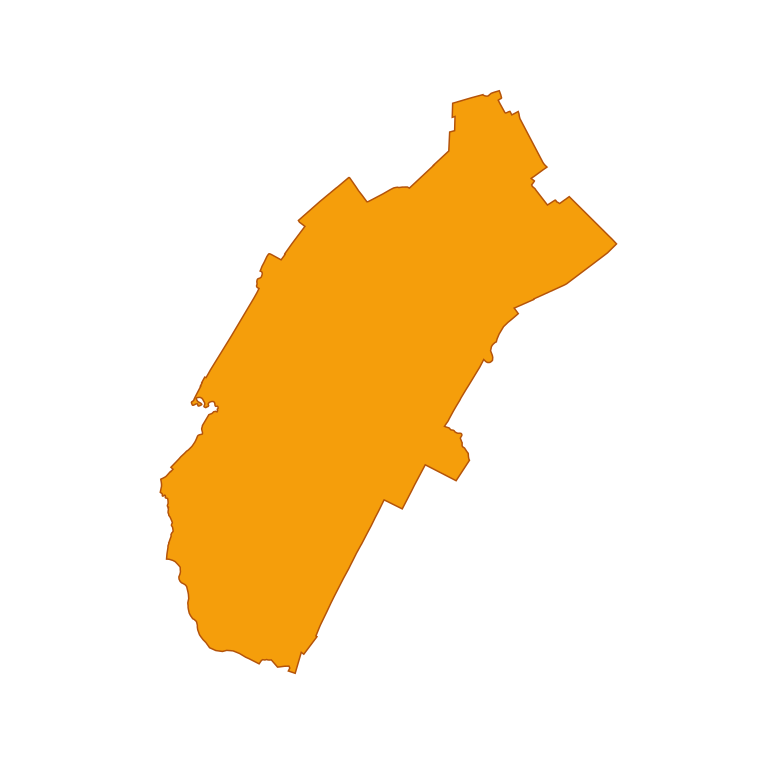 the district of Domnesti, Ilfov, Romania, rotated 337°
{"feature_id": "2599482B77352977361579", "entity_name": "Domnesti", "entity_type": "district", "adm_level": 2, "iso_a3": "ROU", "parent_name": "Romania", "parent_adm1": "Ilfov", "projection": "mercator", "projection_center": [25.905, 44.4], "detail": "fine", "context": "isolated", "style": "filled", "palette": "amber", "viewbox_px": 768, "rotation_deg": 337, "n_neighbors": 0, "source": "geoboundaries", "source_scale": "gbopen_adm2", "svg_char_len": 6135}
<svg xmlns="http://www.w3.org/2000/svg" viewBox="0 0 768 768"><g transform="rotate(337 384 384)"><path d="M614.0,185.6L609.8,186.0L606.8,186.2L606.5,182.3L606.3,182.2L604.8,182.1L603.2,182.2L601.9,182.1L601.5,181.6L601.3,181.3L600.9,177.2L600.3,171.5L600.0,167.4L602.9,166.9L603.1,167.0L603.6,166.8L604.0,166.6L604.5,163.2L604.7,159.1L599.7,158.5L596.2,158.3L592.8,159.4L592.4,159.5L591.2,159.3L589.5,158.2L588.0,156.7L588.1,156.3L576.6,154.7L556.9,152.4L551.0,165.2L553.9,165.5L548.0,178.4L542.9,177.7L542.7,178.1L534.7,194.8L515.1,201.9L515.3,202.1L483.9,213.6L482.5,211.8L477.8,209.9L474.5,209.0L473.2,208.1L471.2,207.6L469.4,207.3L465.3,207.6L457.1,208.6L441.2,209.9L439.8,209.8L439.4,209.5L439.1,208.1L437.6,201.8L436.1,196.3L435.3,191.9L433.2,181.8L432.9,180.6L432.5,180.3L432.1,180.2L417.6,184.7L417.2,184.7L396.8,190.8L369.1,200.0L369.4,202.0L372.8,208.0L354.2,218.8L343.8,225.2L343.4,225.5L343.7,225.9L342.9,226.5L337.8,229.5L331.0,220.9L329.8,219.6L329.4,219.4L328.9,219.2L328.1,219.5L326.0,220.9L321.3,225.1L317.7,228.0L315.2,230.6L314.1,231.6L314.8,232.3L315.2,232.8L315.3,233.5L315.3,234.2L314.8,235.3L314.1,236.2L313.2,237.2L312.8,237.5L312.4,237.8L311.8,237.9L311.2,238.0L310.0,237.9L309.1,237.9L308.5,238.1L308.1,238.4L307.1,239.7L306.7,240.8L306.5,241.6L306.2,242.3L305.9,242.9L305.4,243.3L305.1,243.8L304.9,244.2L304.9,245.1L305.1,245.7L305.5,246.3L306.3,247.2L302.7,250.3L297.5,254.3L262.2,280.2L245.0,292.4L230.0,303.0L226.4,305.8L222.7,308.6L221.7,307.6L216.8,311.5L217.0,311.8L214.2,314.1L214.5,314.4L205.4,321.9L203.1,323.9L203.0,324.2L202.7,324.5L201.3,325.1L200.0,325.3L199.5,325.8L199.4,326.3L199.3,328.2L199.6,328.8L200.4,329.1L203.1,328.9L204.1,329.2L204.5,329.4L204.5,330.2L204.3,330.9L204.4,331.6L204.6,331.8L205.5,332.0L206.9,332.0L208.0,331.8L208.3,331.6L208.3,331.1L207.8,330.0L205.9,327.6L205.5,326.2L205.4,324.6L205.6,324.0L206.1,323.6L207.3,323.7L209.4,324.4L210.7,325.8L211.0,326.8L211.2,327.3L211.2,328.2L211.3,329.0L211.5,330.4L211.5,331.6L211.1,332.6L209.5,334.3L209.6,334.9L210.7,336.1L211.7,336.0L212.2,335.9L212.8,336.0L213.7,335.8L214.2,335.3L214.3,333.7L215.2,333.0L216.4,332.6L217.9,332.7L218.6,332.8L219.6,333.2L220.3,333.7L220.6,334.4L220.7,335.2L220.5,336.4L220.2,337.2L220.1,338.1L220.3,338.7L220.5,338.9L221.9,339.3L222.1,339.7L222.2,340.3L222.0,341.1L221.8,341.6L221.4,341.8L220.7,342.0L220.5,342.7L220.5,343.4L220.1,343.9L219.4,344.4L218.4,343.4L216.4,343.0L214.7,343.7L214.1,343.9L210.8,343.8L200.7,351.2L199.9,352.4L198.8,353.7L198.4,354.8L198.2,356.1L198.1,357.2L197.8,358.1L197.6,358.6L197.3,359.0L196.9,359.1L194.8,358.7L193.7,358.6L192.7,358.7L191.9,359.2L189.8,361.3L187.8,363.1L186.7,363.9L184.4,365.4L182.8,366.4L178.1,368.3L176.0,368.7L173.2,369.9L168.5,371.6L165.6,373.0L155.3,377.4L156.5,380.0L153.4,381.4L153.2,381.1L147.9,383.6L146.8,384.0L144.1,384.3L141.3,384.4L140.5,387.9L139.9,389.8L139.2,391.3L138.4,392.4L135.7,396.3L136.0,396.8L136.3,397.2L136.7,397.9L136.9,398.9L136.3,400.2L136.3,400.5L136.6,400.8L137.0,400.8L137.5,400.8L138.4,400.5L139.1,401.1L138.9,402.0L138.5,402.7L138.3,403.2L138.5,403.6L140.0,404.7L140.0,405.4L139.5,407.3L138.6,409.6L137.6,410.6L137.0,411.4L136.9,412.1L137.5,413.2L136.7,413.6L136.9,414.2L136.4,415.4L135.6,416.7L134.9,418.2L135.0,419.3L134.6,420.9L135.1,423.1L135.1,427.9L134.9,429.2L133.7,430.1L133.1,431.0L133.1,431.6L133.4,432.8L133.1,434.6L132.4,437.1L131.5,437.7L130.4,438.2L129.0,439.5L128.7,440.8L124.3,445.6L123.7,446.1L123.6,446.8L122.5,447.9L121.9,448.6L121.3,450.0L117.9,455.5L115.4,460.2L116.5,460.7L117.9,461.5L120.7,463.9L122.4,466.0L123.7,469.4L124.4,471.5L124.8,473.1L123.8,475.6L123.4,477.0L122.7,478.2L121.6,479.6L119.8,481.4L119.1,483.5L119.2,486.0L119.9,487.8L121.3,489.4L122.7,491.4L123.2,493.4L122.3,498.8L121.8,501.1L120.4,505.2L118.0,508.6L117.6,509.6L117.0,511.6L116.4,513.0L115.9,514.9L115.2,518.8L115.4,521.6L115.8,523.4L116.2,525.3L117.3,526.6L118.5,529.3L118.3,531.0L117.9,533.2L117.2,534.8L116.5,537.4L116.3,540.7L116.2,542.8L116.7,545.3L117.5,548.5L119.0,552.3L120.4,558.6L125.0,563.6L130.8,567.1L135.1,567.7L138.0,569.2L140.8,570.7L145.7,575.6L149.9,581.4L152.4,584.1L159.7,592.8L162.8,590.8L164.5,590.3L166.5,591.5L168.4,591.8L169.5,592.8L170.9,593.4L172.5,594.0L175.4,603.0L177.3,603.6L182.3,605.0L186.3,606.6L186.3,608.7L183.8,610.8L189.2,615.6L203.0,598.7L204.6,601.4L223.6,590.4L222.9,589.3L229.5,582.7L231.5,580.8L242.4,571.3L249.2,565.2L254.9,560.3L267.1,550.1L271.2,546.7L279.4,540.2L282.4,537.6L286.7,534.0L292.4,529.1L299.9,523.2L300.3,523.0L310.0,515.0L316.8,509.5L323.6,503.6L329.2,499.0L338.8,490.7L352.0,506.1L367.6,493.2L372.5,489.0L390.4,474.5L412.6,501.2L432.9,487.6L432.8,486.3L433.0,485.5L433.2,484.4L433.7,482.8L434.2,481.5L434.4,480.6L433.9,478.8L433.1,474.4L432.5,473.5L432.0,472.8L431.8,471.7L431.9,471.0L433.0,468.6L432.9,467.7L433.0,466.1L433.0,464.7L433.1,463.7L433.6,463.2L435.4,461.9L435.8,461.3L435.9,460.9L435.9,460.3L435.7,459.7L434.8,459.0L432.7,458.2L431.5,457.0L430.6,455.7L430.3,454.4L429.8,453.7L428.6,452.9L428.1,452.7L427.4,451.9L427.0,450.4L426.6,449.7L424.3,447.8L423.1,446.6L426.8,444.2L428.0,443.5L429.3,442.5L430.3,441.6L437.2,436.1L442.0,432.5L447.4,428.6L449.4,426.9L457.7,420.9L462.0,417.9L471.6,411.0L478.7,405.9L485.4,400.4L486.4,403.0L487.5,404.5L488.6,405.1L489.9,405.5L491.8,405.2L493.2,404.5L494.5,402.0L494.9,400.0L495.1,395.0L496.1,393.6L497.4,391.7L498.8,390.6L500.3,389.9L502.4,389.2L503.9,389.1L504.2,388.6L505.7,386.7L509.5,383.0L516.5,377.9L522.2,375.7L527.7,374.1L535.1,371.7L533.6,365.4L533.5,365.0L555.1,364.7L555.2,364.2L587.7,363.4L589.5,363.3L591.4,363.1L593.3,362.6L633.6,352.5L641.0,350.6L642.5,350.0L652.8,345.9L650.6,339.9L648.5,334.9L646.8,330.7L627.7,283.9L616.2,286.5L614.6,284.2L614.0,283.7L613.9,283.0L614.0,282.6L613.9,282.2L613.6,281.7L613.4,281.6L613.1,281.6L604.4,283.1L599.6,264.9L599.4,263.6L599.2,263.0L597.8,260.2L597.7,259.3L597.8,258.3L599.1,257.6L601.6,256.1L601.8,255.9L601.7,255.6L599.7,252.3L600.1,252.1L602.6,251.7L613.6,249.1L618.8,248.0L617.6,245.2L617.1,243.4L616.8,241.8L616.7,240.2L612.8,192.9L613.2,190.3L613.4,189.6L613.8,188.0L614.0,185.6Z" fill="#f59e0b" stroke="#b45309" stroke-width="1.5"/></g></svg>